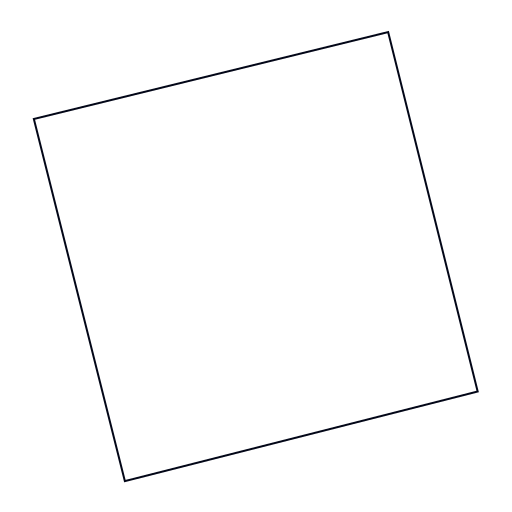 outline of Gray, Texas, United States of America, rotated 76°
{"feature_id": "52423323B94857587121418", "entity_name": "Gray", "entity_type": "district", "adm_level": 2, "iso_a3": "USA", "parent_name": "United States of America", "parent_adm1": "Texas", "projection": "albers", "projection_center": [-100.758, 35.401], "detail": "fine", "context": "isolated", "style": "outline", "palette": "ink", "viewbox_px": 512, "rotation_deg": 76, "n_neighbors": 0, "source": "geoboundaries", "source_scale": "gbopen_adm2", "svg_char_len": 221}
<svg xmlns="http://www.w3.org/2000/svg" viewBox="0 0 512 512"><g transform="rotate(76 256 256)"><path d="M442.7,437.7L441.1,73.7L70.7,73.6L69.3,438.4L442.7,437.7Z" fill="none" stroke="#020617" stroke-width="2"/></g></svg>